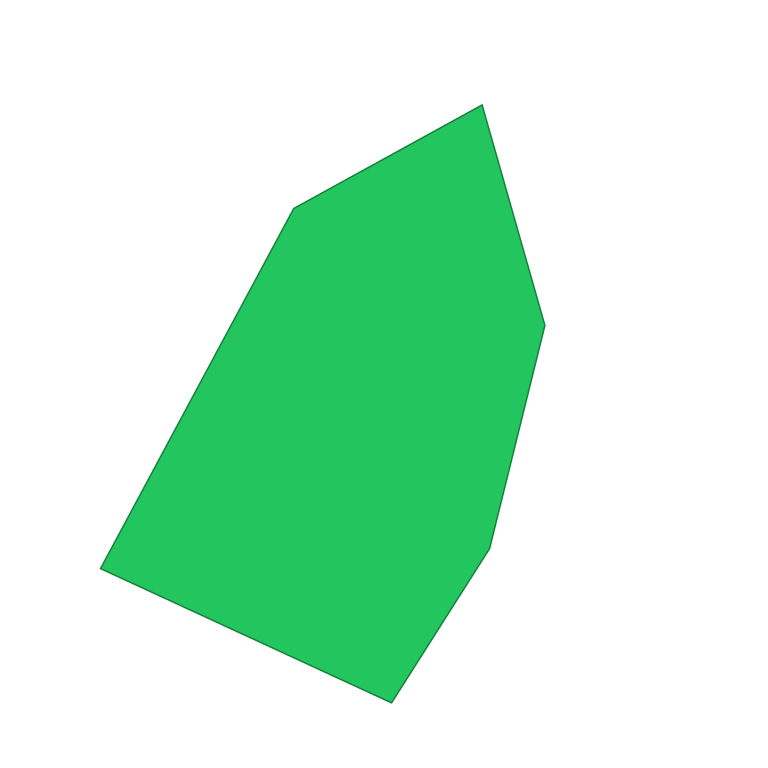 the border of Ta' Xbiex, rotated 297°
{"feature_id": "MLT-5941", "entity_name": "Ta' Xbiex", "entity_type": "state/province", "adm_level": 1, "iso_a3": "MLT", "parent_name": "Malta", "parent_adm1": "", "projection": "natural_earth1", "projection_center": [14.496, 35.895], "detail": "fine", "context": "isolated", "style": "filled", "palette": "green", "viewbox_px": 768, "rotation_deg": 297, "n_neighbors": 0, "source": "natural_earth", "source_scale": "10m", "svg_char_len": 254}
<svg xmlns="http://www.w3.org/2000/svg" viewBox="0 0 768 768"><g transform="rotate(297 384 384)"><path d="M677.2,344.7L509.2,500.8L285.3,552.8L103.3,535.5L90.8,215.2L499.4,223.9L677.2,344.7Z" fill="#22c55e" stroke="#15803d" stroke-width="1.5"/></g></svg>